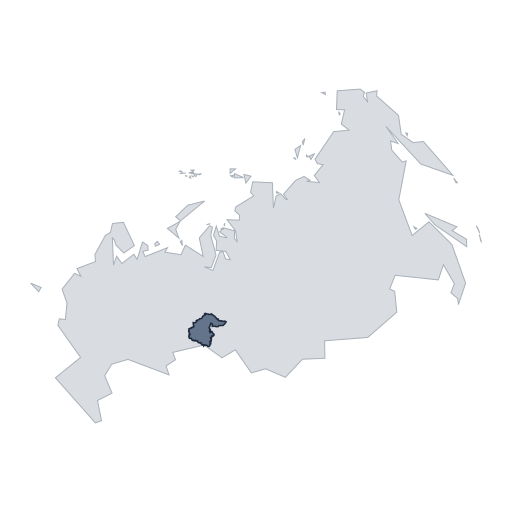 Tyumen' on a map of Russia (orthographic projection)
{"feature_id": "RUS-2398", "entity_name": "Tyumen'", "entity_type": "Region", "adm_level": 1, "iso_a3": "RUS", "parent_name": "Russia", "parent_adm1": "", "projection": "orthographic", "projection_center": [69.281, 57.561], "detail": "fine", "context": "in_parent", "style": "filled", "palette": "slate", "viewbox_px": 512, "rotation_deg": 0, "n_neighbors": 0, "source": "natural_earth", "source_scale": "10m", "svg_char_len": 8411}
<svg xmlns="http://www.w3.org/2000/svg" viewBox="0 0 512 512"><path d="M465.6,283.2L458.4,304.6L457.7,298.5L450.9,292.8L454.4,283.8L443.4,264.7L438.3,279.9L395.1,275.3L389.7,288.9L394.7,291.4L396.8,312.1L367.8,337.4L324.6,340.8L324.9,358.3L302.5,359.2L285.4,377.3L265.4,368.8L251.4,372.9L235.3,349.8L222.0,357.8L204.0,345.0L172.8,352.4L175.5,359.7L166.1,366.0L169.0,374.9L127.9,359.4L111.7,364.2L104.7,375.7L112.0,393.1L97.5,400.5L101.5,420.7L95.4,422.9L55.4,377.8L80.6,357.4L57.9,325.3L59.3,318.8L65.4,319.5L67.0,303.2L62.1,289.1L74.6,273.4L80.9,276.3L76.9,268.6L95.5,261.6L94.9,254.5L105.4,235.4L110.4,232.4L112.5,223.5L123.4,222.3L134.4,245.6L123.8,253.0L115.8,244.9L114.3,239.8L112.4,237.9L113.5,265.1L116.6,256.2L121.9,263.5L133.8,254.3L137.1,259.4L142.5,242.0L147.8,245.5L148.1,250.2L142.8,251.3L145.1,256.6L167.5,247.7L164.9,252.2L181.0,254.7L185.4,245.1L203.2,256.4L199.3,237.9L209.6,225.8L212.4,227.1L210.8,235.4L216.0,255.1L211.3,267.6L204.4,266.9L212.9,270.4L219.6,252.3L222.8,251.2L225.6,259.0L230.3,259.7L225.8,251.4L216.1,250.3L216.7,241.0L213.5,235.4L216.3,226.1L219.4,236.1L225.4,237.7L226.9,237.4L219.5,231.8L224.2,228.0L234.7,230.8L234.3,238.5L237.1,241.4L235.6,230.8L227.0,219.7L239.3,220.2L239.6,215.2L234.8,210.8L235.8,206.9L253.8,195.8L250.5,192.4L252.8,181.8L272.4,182.8L273.4,208.1L276.2,196.1L280.6,193.7L285.6,199.1L286.7,199.7L287.3,199.4L283.5,194.2L295.7,180.3L304.0,176.5L310.0,180.2L306.5,181.3L319.5,182.6L314.3,175.5L323.1,164.7L317.3,163.6L315.0,159.2L333.7,131.6L349.1,130.2L341.3,124.1L344.6,109.8L336.5,109.6L337.2,90.8L360.3,89.1L364.5,92.4L363.2,96.3L367.5,101.8L366.2,93.0L377.1,90.7L376.6,96.0L398.5,115.4L401.2,134.2L413.1,142.6L423.4,141.5L452.8,175.3L420.9,164.1L385.9,126.4L398.1,143.5L390.5,141.0L391.8,150.2L402.2,162.0L406.2,160.9L398.8,199.8L412.1,235.5L429.0,221.8L451.9,244.5L465.6,283.2ZM204.6,201.0L180.4,220.9L175.7,216.8L187.8,205.2L204.6,201.0ZM424.9,213.4L456.9,226.8L452.2,230.7L466.6,239.3L466.7,246.7L434.7,224.6L424.9,213.4ZM167.4,228.4L179.9,221.5L175.7,229.3L178.9,238.1L167.4,228.4ZM297.4,157.8L294.9,149.4L300.6,145.6L297.4,157.8ZM234.5,173.6L243.6,177.6L234.1,177.9L234.5,173.6ZM230.2,168.8L235.6,168.9L230.1,173.4L230.2,168.8ZM244.0,174.4L251.0,176.2L245.9,183.1L244.0,174.4ZM303.1,145.2L302.5,141.5L304.9,138.5L303.1,145.2ZM30.7,283.2L41.1,287.4L38.7,291.7L30.7,283.2ZM182.8,173.2L185.9,173.0L179.6,173.6L182.8,173.2ZM309.1,156.1L314.3,153.9L310.9,159.5L309.1,156.1ZM159.6,244.3L155.5,246.2L154.7,243.8L157.3,241.3L159.6,244.3ZM188.7,172.8L191.5,172.2L192.5,173.7L188.7,172.8ZM197.4,174.1L195.8,176.6L194.0,175.4L194.7,173.8L197.4,174.1ZM199.9,174.9L197.8,174.2L201.0,173.8L199.9,174.9ZM181.8,240.4L182.5,245.6L180.2,241.5L181.8,240.4ZM233.8,175.2L232.5,177.1L230.6,175.8L233.8,175.2ZM191.0,170.1L194.2,170.0L192.7,171.6L191.0,170.1ZM325.1,92.2L325.4,94.6L321.7,92.6L325.1,92.2ZM181.0,171.0L182.6,172.4L178.7,171.1L181.0,171.0ZM209.8,224.0L206.4,224.7L209.8,223.7L209.8,224.0ZM276.4,191.5L279.4,193.0L276.5,193.1L276.4,191.5ZM338.6,111.7L340.2,113.9L339.3,114.9L338.6,111.7ZM192.7,176.8L191.3,175.6L193.7,176.8L192.7,176.8ZM193.3,171.8L193.9,173.7L192.3,172.2L193.3,171.8ZM476.2,225.7L477.9,228.2L479.8,233.2L476.2,225.7ZM190.0,176.2L190.7,178.1L189.3,177.6L190.0,176.2ZM223.9,227.5L221.5,229.1L220.9,228.9L223.9,227.5ZM407.7,133.3L407.2,135.7L405.7,133.0L407.7,133.3ZM306.5,155.2L308.3,156.9L306.5,156.7L306.5,155.2ZM413.9,226.8L416.9,228.4L415.5,229.4L413.9,226.8ZM453.7,178.2L457.4,182.7L456.1,182.8L453.7,178.2ZM187.5,176.1L185.9,176.3L185.6,175.7L187.5,176.1ZM224.8,223.2L224.6,225.5L224.0,225.0L224.8,223.2ZM295.1,158.0L296.0,159.6L293.4,157.8L295.1,158.0ZM480.7,240.9L479.3,234.4L481.3,241.5L480.7,240.9Z" fill="#d9dde1" stroke="#a8b0b8" stroke-width="1"/><path d="M204.8,345.4L204.7,345.3L204.6,345.0L204.5,344.9L203.8,344.7L203.7,344.8L203.7,345.1L203.8,345.2L204.0,345.3L204.0,345.5L203.9,345.7L203.8,345.8L203.8,345.7L203.5,345.4L203.0,345.2L202.6,345.0L202.5,344.7L202.1,344.9L201.9,344.8L201.9,344.4L201.5,344.2L201.4,343.9L201.3,343.7L201.2,343.8L200.9,343.6L200.9,342.8L200.9,342.7L200.7,342.7L200.1,343.0L199.8,343.0L199.7,342.9L199.6,342.7L198.6,342.7L198.1,342.5L197.5,341.4L197.6,341.0L197.5,340.9L197.3,340.9L197.0,341.0L196.9,341.0L196.9,340.9L196.6,340.8L196.3,340.7L196.2,340.8L195.7,340.9L195.5,340.3L195.4,340.3L195.2,340.3L195.0,340.5L194.8,340.7L194.3,340.9L194.2,340.9L194.0,340.5L193.8,340.3L193.7,340.1L193.3,340.0L193.2,340.1L193.1,340.3L192.9,340.5L192.7,340.5L192.5,340.4L192.0,340.0L191.8,339.7L191.7,339.4L191.5,339.0L191.4,338.5L190.1,338.3L189.8,338.4L189.5,338.3L189.4,338.3L189.3,338.0L189.5,337.9L189.4,337.7L189.3,337.4L189.2,337.2L188.8,336.8L188.8,336.7L189.0,336.6L189.0,336.3L189.0,336.2L189.1,335.9L189.0,335.7L189.0,335.1L189.6,335.0L189.7,334.7L190.0,334.4L190.0,334.0L189.7,334.0L189.4,334.1L189.4,333.8L189.3,333.6L189.3,333.4L189.1,333.1L189.2,331.8L189.2,331.7L189.0,331.4L188.9,331.3L188.7,331.3L188.7,331.2L188.9,331.0L188.9,330.9L188.9,330.6L188.8,330.3L189.0,330.1L189.1,329.8L189.1,329.7L189.4,329.5L189.4,329.3L189.3,329.2L189.1,329.2L188.9,329.0L191.1,327.8L191.2,328.2L191.4,328.2L191.5,328.2L191.9,327.8L191.9,327.7L192.2,327.3L192.3,327.4L192.5,327.4L192.5,327.2L193.2,327.0L193.3,326.9L193.5,326.7L193.9,326.6L193.8,326.2L193.3,324.6L193.2,322.8L193.2,322.5L193.9,322.6L194.3,322.6L194.8,322.8L196.1,322.3L196.2,322.2L196.3,321.9L196.2,320.8L196.2,320.6L196.3,320.5L196.5,320.4L197.0,320.2L197.1,320.3L197.2,320.5L197.3,320.6L198.0,319.9L199.1,319.5L199.4,319.0L199.6,318.7L200.2,318.7L201.3,318.5L201.7,318.3L201.9,318.2L202.0,318.0L202.6,316.4L202.7,316.2L202.9,316.2L203.6,315.9L205.2,314.8L205.2,314.7L204.4,314.0L204.5,313.8L204.6,313.7L205.2,313.4L205.9,313.4L206.0,313.4L206.1,313.5L206.2,313.9L206.3,314.0L208.2,314.0L208.3,314.2L208.5,314.4L209.0,314.5L210.4,314.2L211.0,314.5L211.1,314.4L211.5,313.9L212.0,314.3L212.1,314.6L212.7,314.8L212.9,315.1L213.8,315.6L214.2,316.1L214.3,316.1L214.6,316.1L214.9,316.5L215.1,316.7L215.9,317.6L216.2,317.8L216.3,317.9L216.3,318.2L216.3,318.4L216.6,318.8L217.0,319.1L217.8,318.8L218.0,318.8L218.2,319.1L218.1,319.4L218.1,319.6L218.2,319.8L218.7,320.1L218.5,320.5L219.9,321.0L220.2,320.9L220.6,320.7L220.8,320.7L221.0,320.9L221.1,321.0L221.4,320.8L221.9,320.9L221.9,321.0L222.3,321.4L222.5,321.4L222.8,321.3L224.6,321.1L224.9,321.2L225.2,321.4L225.5,321.3L226.1,321.7L226.1,321.9L226.0,322.2L225.5,322.7L225.4,322.9L225.3,323.0L225.1,323.3L224.5,324.0L224.4,324.1L224.4,324.3L223.9,324.5L223.0,325.5L218.9,325.6L218.6,325.9L218.5,326.1L218.4,326.4L218.2,326.6L216.9,326.7L215.6,326.6L215.2,326.2L213.5,326.2L213.1,326.4L212.9,326.3L212.3,326.4L212.3,326.1L212.2,326.0L212.2,325.8L212.2,324.6L212.3,324.5L212.4,324.4L212.3,324.1L212.0,323.9L211.8,323.9L211.6,323.4L211.3,323.4L211.1,323.2L210.9,323.2L210.8,323.3L209.5,327.1L209.4,327.3L209.4,327.5L209.2,327.5L209.3,327.9L209.3,328.0L209.4,328.5L209.5,328.6L209.6,329.0L209.9,329.0L209.9,329.9L210.0,329.9L210.3,329.8L210.3,330.0L210.3,330.3L209.4,331.1L209.7,331.8L209.9,332.0L210.2,332.0L210.3,332.1L210.2,332.2L210.1,332.3L210.1,332.5L210.5,332.5L210.7,332.4L210.7,332.2L210.8,331.7L211.4,331.5L211.5,331.4L211.9,331.5L211.9,331.8L212.0,331.9L212.1,332.0L211.9,332.2L211.9,332.3L212.0,332.4L212.4,332.4L212.4,332.5L213.0,333.4L213.7,333.9L213.9,334.1L214.1,334.3L214.1,334.7L214.1,334.9L213.9,335.2L213.7,335.6L213.2,335.6L213.1,335.9L213.0,336.1L212.6,336.0L212.3,336.0L211.9,335.9L211.8,336.0L212.0,336.2L212.1,336.3L212.0,336.5L212.0,336.8L211.9,337.0L211.6,337.3L211.1,337.3L210.8,337.5L211.1,337.6L211.3,337.8L211.5,337.9L211.5,338.2L211.4,338.3L211.1,338.4L210.8,338.7L210.9,338.9L211.0,339.0L211.1,338.9L211.1,339.0L211.0,339.3L211.1,339.6L211.3,339.7L211.4,339.8L211.2,340.6L211.2,340.8L211.0,341.2L210.9,341.4L209.9,341.5L209.9,341.8L210.2,341.8L210.6,341.7L210.8,341.7L210.9,341.8L210.8,342.0L210.6,342.1L210.4,342.0L210.2,342.1L210.2,342.3L210.1,342.6L210.1,342.9L210.1,343.0L210.4,343.2L210.7,343.3L210.8,343.5L210.7,344.0L210.1,344.2L209.9,344.6L209.8,344.8L209.8,345.0L209.9,345.3L209.8,345.6L209.7,345.7L209.5,345.9L209.5,346.0L209.1,346.4L208.9,346.6L208.2,346.3L207.7,346.3L207.6,346.2L207.3,345.7L207.2,345.6L206.7,345.3L205.9,345.2L205.4,345.0L204.9,345.4L204.8,345.4ZM210.8,340.8L210.9,340.7L211.0,340.6L211.0,340.4L210.9,340.4L210.8,340.6L210.8,340.8ZM210.7,341.1L210.8,341.1L210.6,341.0L210.7,341.1Z" fill="#64748b" stroke="#1e293b" stroke-width="1.5"/></svg>